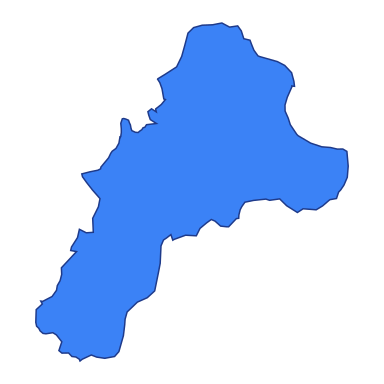 Dalaba, Dalaba, Guinea
{"feature_id": "49546643B54901917722686", "entity_name": "Dalaba", "entity_type": "district", "adm_level": 2, "iso_a3": "GIN", "parent_name": "Guinea", "parent_adm1": "Dalaba", "projection": "orthographic", "projection_center": [-12.176, 10.89], "detail": "fine", "context": "isolated", "style": "filled", "palette": "blue", "viewbox_px": 384, "rotation_deg": 0, "n_neighbors": 0, "source": "geoboundaries", "source_scale": "gbopen_adm2", "svg_char_len": 2259}
<svg xmlns="http://www.w3.org/2000/svg" viewBox="0 0 384 384"><path d="M237.7,25.9L229.6,27.1L221.9,23.0L216.6,24.0L212.5,24.8L202.2,25.2L193.6,27.6L188.0,33.1L184.8,45.3L181.7,56.4L176.6,66.9L172.4,69.6L165.0,74.4L157.9,78.7L157.6,79.2L159.8,82.6L162.0,88.7L163.8,99.0L165.4,99.5L161.3,104.5L155.7,108.9L155.8,109.8L156.3,111.9L151.5,108.8L147.9,111.7L148.7,115.0L150.3,119.6L156.4,123.5L146.5,124.7L144.8,127.3L143.1,127.7L141.8,129.7L139.6,131.2L138.2,132.5L135.4,132.3L131.8,130.6L131.0,128.2L130.4,124.9L129.5,123.0L128.5,120.2L125.9,119.1L123.8,118.5L122.3,118.8L120.8,123.3L121.3,128.9L121.3,132.6L120.9,135.4L120.8,136.3L120.4,137.2L120.1,136.1L118.9,143.2L116.0,148.4L112.2,151.2L110.8,153.2L108.6,157.8L100.9,167.1L100.6,168.8L97.9,170.2L90.0,171.8L81.8,173.9L82.5,176.8L86.6,182.5L92.4,189.9L100.0,198.6L98.4,206.8L92.7,218.3L93.3,232.3L86.3,232.8L79.4,229.3L77.5,237.6L71.5,247.0L70.7,250.5L76.5,251.6L61.4,267.8L61.7,274.4L60.1,280.7L57.3,285.6L56.5,290.3L52.1,296.5L46.3,299.5L41.9,301.8L41.7,301.2L40.8,301.1L42.3,304.0L36.2,309.6L35.8,322.4L36.6,326.2L38.8,328.3L40.1,330.9L43.0,333.4L45.9,333.8L52.8,332.7L56.4,334.9L61.8,341.8L58.9,350.6L61.9,353.1L68.6,353.0L71.9,356.5L75.9,357.0L79.3,359.2L80.0,361.0L82.3,359.2L91.3,355.0L96.7,357.1L104.8,358.3L114.6,356.5L118.9,351.6L123.4,335.7L124.7,324.9L125.1,319.2L127.1,312.0L137.4,302.1L147.3,297.7L154.7,290.9L158.4,272.7L160.2,263.3L161.0,245.9L163.5,240.0L166.5,238.0L170.9,234.6L172.8,240.2L174.1,239.4L185.6,235.2L196.3,235.8L200.0,228.4L206.7,222.8L211.3,219.5L215.0,221.1L220.6,226.1L226.8,226.8L228.6,226.8L236.4,218.6L238.7,218.3L238.9,214.9L239.0,214.5L240.2,209.7L241.8,206.6L244.9,202.2L253.6,200.4L257.4,200.0L265.9,199.1L269.6,200.3L279.7,198.9L286.6,205.7L297.4,212.5L303.1,208.8L310.0,209.3L316.2,209.8L322.6,205.9L329.8,199.7L336.5,198.5L338.6,192.1L340.7,189.9L344.0,185.0L347.3,177.3L348.2,166.1L346.9,151.4L342.8,149.0L337.3,149.1L330.5,147.5L321.7,146.8L310.6,143.1L298.1,135.7L296.8,134.4L290.3,124.7L288.2,118.1L285.1,111.1L285.0,105.0L287.3,97.2L291.9,86.8L291.8,86.0L294.5,86.3L293.9,81.3L291.6,72.7L284.7,65.4L277.4,61.6L259.8,56.6L258.0,55.9L253.9,50.2L251.6,44.5L250.0,40.2L243.8,38.7L241.3,30.9L237.7,25.9Z" fill="#3b82f6" stroke="#1e3a8a" stroke-width="1.5"/></svg>